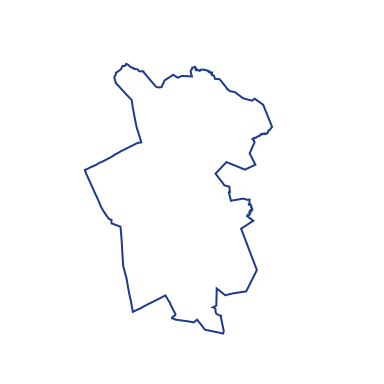 the district of Veclaicenes pag., Aluksne, Latvia, rotated 69°
{"feature_id": "27541924B82346412171752", "entity_name": "Veclaicenes pag.", "entity_type": "district", "adm_level": 2, "iso_a3": "LVA", "parent_name": "Latvia", "parent_adm1": "Aluksne", "projection": "orthographic", "projection_center": [26.921, 57.59], "detail": "fine", "context": "isolated", "style": "outline", "palette": "blue", "viewbox_px": 384, "rotation_deg": 69, "n_neighbors": 0, "source": "geoboundaries", "source_scale": "gbopen_adm2", "svg_char_len": 5508}
<svg xmlns="http://www.w3.org/2000/svg" viewBox="0 0 384 384"><g transform="rotate(69 192 192)"><path d="M53.4,220.3L54.9,220.9L55.3,221.5L57.0,223.4L58.5,223.7L61.2,223.8L63.4,224.1L63.9,223.7L68.5,221.8L77.3,218.4L84.2,215.4L85.2,215.5L92.6,217.2L94.8,217.5L101.6,218.8L111.6,220.5L123.6,221.2L127.5,221.6L126.7,225.6L127.0,228.6L127.1,229.6L127.3,230.9L127.5,233.8L128.2,240.7L128.4,243.6L129.0,246.5L129.3,250.0L129.5,251.0L130.1,253.2L130.7,257.3L130.7,258.3L130.8,258.9L131.1,260.9L131.3,262.7L131.4,263.6L131.7,269.4L132.2,270.7L132.6,278.6L132.8,279.7L133.0,281.6L133.0,282.8L133.0,284.1L136.3,284.3L140.2,284.0L160.0,282.9L161.7,282.7L167.2,282.4L173.3,282.3L179.6,281.2L182.5,280.5L187.5,279.1L189.2,277.1L189.9,277.6L192.6,278.3L193.4,277.2L194.2,276.4L198.7,271.2L200.6,271.7L206.2,273.3L213.1,275.4L217.6,276.8L223.9,278.9L226.4,279.6L229.4,280.6L235.1,282.3L236.9,282.9L240.2,283.1L245.0,283.7L248.7,284.0L255.8,285.4L257.7,285.8L264.7,287.1L271.3,288.0L277.5,289.2L282.7,290.1L282.3,285.6L282.1,280.7L281.8,280.2L281.0,273.5L281.0,273.4L280.9,272.2L280.3,265.8L279.0,253.9L282.3,253.3L285.9,252.7L288.4,252.2L288.9,252.5L289.1,252.4L294.3,251.9L300.1,251.2L300.4,251.3L300.9,251.8L301.7,254.9L302.0,255.3L302.1,255.7L302.8,255.9L304.4,253.8L304.7,253.5L304.9,253.5L305.3,253.0L308.6,247.1L310.9,242.8L313.7,238.1L314.3,237.1L313.0,233.0L321.9,230.2L322.8,230.0L325.2,229.2L332.9,217.3L335.3,213.7L333.3,212.2L318.6,209.8L318.0,209.2L317.3,210.2L316.3,211.3L315.2,212.2L314.5,212.7L314.2,212.9L313.7,213.0L312.8,213.0L311.9,212.8L310.4,212.2L309.8,212.1L309.4,212.1L308.7,212.3L308.3,212.5L307.8,212.9L307.2,213.7L306.8,210.0L290.9,203.5L300.3,198.0L301.4,189.8L304.2,177.0L288.1,159.4L279.6,159.4L243.9,159.3L240.8,145.1L234.4,149.1L234.3,148.9L234.2,148.8L233.7,148.7L233.4,148.6L233.3,147.8L233.4,147.6L233.8,147.1L233.9,146.8L233.9,146.7L233.4,146.2L233.0,145.4L232.1,145.0L231.9,145.1L231.6,145.8L231.4,145.8L231.3,144.9L231.1,144.7L231.1,144.3L231.0,144.1L230.8,144.1L230.4,144.5L230.2,144.4L230.1,144.2L230.3,143.8L230.3,143.7L230.2,143.7L230.3,143.5L230.4,143.4L231.0,143.0L231.0,142.9L230.9,142.7L230.5,142.6L229.8,142.6L229.7,142.6L229.7,142.4L229.5,142.0L229.5,141.9L229.3,141.9L229.2,142.0L228.7,142.1L228.3,142.0L227.7,141.9L227.6,142.0L227.3,142.3L227.2,142.3L227.0,142.1L227.1,141.8L227.0,141.6L226.9,141.6L226.6,141.7L226.4,141.9L225.6,141.9L225.2,141.7L224.9,141.8L224.4,142.0L224.4,142.4L224.5,142.6L224.4,143.3L224.2,143.5L223.8,143.3L223.7,143.3L223.6,143.0L223.4,142.8L222.7,142.2L222.2,141.9L221.7,141.7L220.2,141.4L219.7,141.0L219.5,141.3L219.6,141.5L219.3,142.7L219.2,143.0L218.9,143.5L218.3,144.3L217.6,145.1L217.1,145.6L216.9,146.0L216.4,147.2L214.1,158.8L205.5,157.7L205.6,156.6L200.4,155.2L197.3,159.5L194.9,160.0L183.3,163.5L176.4,149.1L190.1,134.5L189.2,123.0L176.7,124.4L167.9,115.7L165.7,116.1L165.8,116.0L165.8,115.8L165.7,115.8L165.1,116.0L164.7,116.4L164.4,115.9L163.8,115.5L164.0,114.8L163.8,114.0L164.0,113.7L164.2,113.1L164.3,113.0L163.9,112.0L163.8,111.6L163.8,111.2L163.7,110.7L163.7,110.2L163.7,109.8L163.8,109.0L163.8,108.8L163.8,108.7L163.4,108.0L162.9,107.2L162.7,106.9L162.8,106.7L162.9,106.4L163.3,106.1L163.3,105.9L163.4,105.7L163.0,105.4L162.8,105.2L163.4,104.1L163.4,103.1L163.5,103.0L164.1,103.0L164.1,102.9L164.0,102.7L164.0,102.3L163.9,101.9L163.9,101.6L163.9,101.4L164.0,101.4L164.3,101.4L164.3,101.1L164.2,100.9L163.9,100.7L163.8,100.1L163.7,99.8L163.3,99.6L163.1,99.5L162.9,99.3L162.5,99.1L162.1,98.8L162.0,98.6L162.0,98.3L162.0,97.6L162.0,97.3L162.0,97.0L161.7,96.6L160.9,95.8L160.6,95.3L160.3,94.5L160.2,94.4L159.9,94.3L159.8,94.2L159.8,93.9L159.7,93.9L136.0,94.3L127.3,100.1L128.3,103.2L122.6,110.9L114.3,116.0L111.3,120.6L108.1,122.2L108.1,122.4L107.0,122.5L106.1,122.7L101.6,124.2L99.0,124.9L97.8,125.4L96.7,125.9L96.3,126.2L94.9,129.5L94.6,130.0L94.1,130.0L91.9,129.8L91.3,129.8L91.2,129.9L91.2,130.1L90.7,130.6L90.4,130.8L90.3,131.0L90.2,131.1L89.9,131.5L89.3,131.4L89.0,131.2L88.9,131.1L89.0,130.9L88.7,130.9L88.6,131.0L88.3,131.1L88.2,131.0L88.2,131.3L88.0,131.6L88.4,131.7L88.3,131.8L87.9,131.8L87.7,131.6L87.7,131.9L87.4,131.9L87.1,132.0L86.8,132.0L86.7,132.1L86.6,132.3L86.5,132.5L86.4,132.7L86.2,132.7L85.8,132.5L85.8,133.1L85.9,133.3L85.7,133.5L85.4,133.5L84.8,133.6L84.6,133.6L84.4,133.7L84.3,133.8L84.5,134.0L83.9,134.6L83.8,134.8L82.9,135.8L82.7,136.1L82.5,136.7L82.2,136.9L81.9,137.5L81.8,138.0L81.4,138.4L81.4,138.5L81.4,138.8L81.1,139.7L80.9,140.2L81.0,140.4L81.1,140.5L81.4,140.6L81.5,140.7L81.6,141.0L81.7,141.3L81.5,141.8L81.4,142.0L80.5,142.4L80.0,142.7L79.5,143.2L79.5,143.4L79.5,143.5L80.0,144.1L80.0,144.3L79.8,144.6L79.6,144.8L79.3,144.8L77.8,144.1L77.5,144.1L76.8,144.2L76.7,144.2L76.7,144.4L76.4,144.4L76.1,144.6L76.1,144.9L76.4,145.1L76.5,145.4L76.5,145.5L76.1,146.7L76.2,147.4L76.3,147.6L76.7,147.8L77.6,148.4L77.7,148.5L77.8,149.2L78.0,149.4L79.0,150.1L84.1,150.7L80.0,159.8L80.2,164.4L75.8,167.6L78.1,177.8L83.2,182.8L82.3,186.0L80.8,187.9L62.6,194.3L62.1,194.1L61.9,194.4L61.6,194.7L61.4,195.0L61.3,195.5L61.3,195.9L61.2,196.1L60.6,197.6L60.3,198.0L60.1,198.1L59.6,198.3L58.5,198.6L58.2,198.8L58.0,199.0L57.6,199.7L57.1,200.5L56.4,201.9L56.2,202.1L55.5,202.1L55.3,202.2L55.1,202.4L55.1,202.7L54.8,203.0L53.5,204.3L52.9,204.8L50.4,206.0L49.5,206.8L48.7,207.5L48.8,207.7L49.8,208.4L49.9,208.5L49.9,209.0L50.2,209.7L50.2,209.9L50.2,210.1L49.5,211.2L49.4,211.4L49.4,211.6L49.5,211.9L50.2,212.5L52.0,214.5L52.3,215.5L52.8,217.8L53.3,219.1L53.4,220.3Z" fill="none" stroke="#1e3a8a" stroke-width="2"/></g></svg>